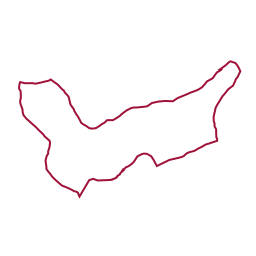 Yorro, Taraba, Nigeria (Equal Earth projection), rotated 272°
{"feature_id": "59680162B40051654285197", "entity_name": "Yorro", "entity_type": "district", "adm_level": 2, "iso_a3": "NGA", "parent_name": "Nigeria", "parent_adm1": "Taraba", "projection": "equal_earth", "projection_center": [11.57, 8.882], "detail": "fine", "context": "isolated", "style": "outline", "palette": "rose", "viewbox_px": 256, "rotation_deg": 272, "n_neighbors": 0, "source": "geoboundaries", "source_scale": "gbopen_adm2", "svg_char_len": 2652}
<svg xmlns="http://www.w3.org/2000/svg" viewBox="0 0 256 256"><g transform="rotate(272 128 128)"><path d="M91.0,158.2L97.5,170.4L99.4,177.5L100.6,181.8L101.8,184.6L104.5,187.3L105.7,189.4L107.2,194.3L107.4,195.1L109.7,198.6L112.0,202.8L114.2,206.2L115.4,209.8L116.5,212.6L118.3,217.5L120.4,217.4L122.0,216.6L123.6,216.5L125.7,216.3L128.3,216.2L129.9,216.1L132.5,214.5L135.7,214.3L137.8,213.5L139.9,213.3L142.0,213.2L145.2,213.7L147.9,214.3L151.1,214.8L153.8,216.1L163.0,221.3L166.3,224.0L170.1,226.7L172.9,230.1L174.0,231.5L176.6,232.6L178.3,233.4L180.4,234.0L183.2,236.0L185.8,237.0L188.5,238.3L191.6,236.8L194.5,235.0L196.7,233.0L198.2,228.2L198.0,227.7L197.9,227.3L193.6,222.8L191.0,219.5L189.7,217.7L189.4,218.9L188.3,217.6L186.6,214.8L184.0,213.1L180.7,210.9L180.2,210.1L177.3,205.3L174.6,203.3L171.3,200.6L168.5,196.4L166.7,192.2L165.6,189.4L163.9,185.9L161.0,179.6L159.8,176.8L156.3,171.9L156.3,168.3L156.3,163.6L156.0,161.6L155.4,157.1L153.8,151.0L152.4,149.2L150.3,146.3L149.6,142.0L148.9,137.0L148.7,133.4L148.1,130.6L145.8,126.4L143.1,122.9L141.4,120.9L139.8,119.4L137.0,115.4L135.3,112.6L135.2,109.7L135.1,106.8L132.9,104.8L130.6,101.3L129.0,99.3L126.7,95.8L126.1,92.2L126.5,89.3L128.5,86.3L130.0,83.3L131.5,81.1L133.0,80.3L137.2,77.9L139.3,76.3L141.9,74.6L142.9,73.9L145.0,73.1L147.1,71.5L149.1,69.9L151.7,69.0L155.4,68.1L156.3,67.8L157.5,67.3L159.5,65.4L161.1,63.8L161.6,63.4L163.2,62.6L164.2,61.1L165.7,59.5L168.8,56.5L170.3,54.2L171.3,52.7L172.8,50.5L173.8,49.0L172.7,47.6L172.1,45.5L171.5,43.3L170.9,41.2L170.3,39.1L169.6,36.2L169.0,34.1L169.5,31.2L169.4,29.0L169.3,26.2L169.2,23.3L169.6,21.1L170.1,18.7L169.0,18.2L165.3,17.7L163.2,17.9L161.1,19.4L157.4,19.7L154.2,19.9L152.5,19.4L152.1,19.3L150.0,19.4L148.9,19.5L142.6,22.0L140.5,22.1L137.4,23.0L133.8,26.1L130.7,29.9L128.7,32.2L125.6,36.0L122.6,39.1L119.9,42.1L118.5,43.7L116.4,45.2L115.4,46.7L113.9,48.3L112.9,49.8L110.8,50.6L106.0,50.2L102.6,49.2L101.7,49.0L99.6,49.1L97.4,47.8L92.6,46.7L86.3,47.8L84.2,47.9L82.1,49.5L78.9,52.3L76.5,54.1L74.4,56.4L72.4,58.7L68.8,63.2L67.8,64.8L66.9,67.7L65.4,71.4L64.4,73.6L62.9,76.6L62.5,78.8L61.5,80.3L59.4,81.1L57.8,81.9L68.9,88.0L74.5,91.0L76.0,94.9L74.5,99.5L75.5,112.8L75.9,113.2L75.9,114.3L76.4,114.6L76.6,115.2L76.9,116.4L77.4,116.9L77.9,117.4L77.9,118.2L78.7,118.6L79.5,118.9L79.9,119.7L80.4,119.9L80.7,120.6L81.0,121.1L81.5,121.6L82.2,121.7L83.3,122.5L83.7,123.1L84.2,123.4L84.9,123.5L84.8,124.1L85.6,125.1L86.5,124.6L87.3,126.1L88.7,127.3L89.4,129.0L90.8,131.2L92.8,133.6L94.7,135.2L100.1,138.5L101.2,140.6L102.4,142.7L103.0,144.8L102.8,147.9L100.6,152.2L97.3,154.5L91.0,158.2Z" fill="none" stroke="#9f1239" stroke-width="2"/></g></svg>